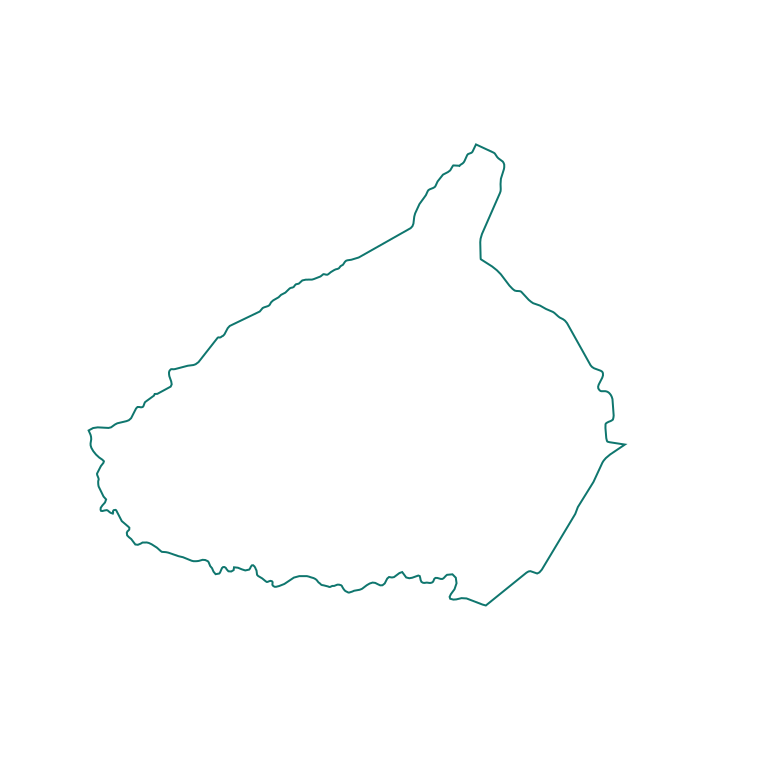 the Department of Presidente Hayes, rotated 117°
{"feature_id": "PRY-605", "entity_name": "Presidente Hayes", "entity_type": "Department", "adm_level": 1, "iso_a3": "PRY", "parent_name": "Paraguay", "parent_adm1": "", "projection": "mercator", "projection_center": [-58.464, -23.686], "detail": "fine", "context": "isolated", "style": "outline", "palette": "teal", "viewbox_px": 768, "rotation_deg": 117, "n_neighbors": 0, "source": "natural_earth", "source_scale": "10m", "svg_char_len": 5158}
<svg xmlns="http://www.w3.org/2000/svg" viewBox="0 0 768 768"><g transform="rotate(117 384 384)"><path d="M142.3,413.8L141.0,413.5L138.2,411.0L136.9,410.6L128.8,410.8L128.8,410.7L128.1,391.4L128.2,390.3L128.6,389.4L130.4,386.2L131.0,384.5L131.9,379.1L132.7,377.8L133.9,376.5L136.2,375.3L138.1,374.7L148.1,373.0L153.0,370.9L157.3,368.5L159.2,367.7L161.1,367.4L205.9,364.8L210.7,363.9L214.0,362.6L227.7,355.2L228.8,354.5L228.9,354.4L230.2,341.0L231.4,335.1L233.2,329.7L239.4,316.9L240.9,312.6L241.4,310.0L241.0,308.3L239.8,305.6L239.5,304.6L239.5,303.6L243.3,293.3L244.0,290.2L244.3,287.8L243.3,280.6L243.6,273.8L243.1,266.2L243.3,264.5L244.6,259.7L245.0,257.7L245.0,253.9L245.4,251.5L246.7,248.5L273.5,208.5L274.3,206.6L274.6,204.4L274.6,203.7L273.8,196.8L274.0,195.1L274.9,193.9L276.9,192.8L279.2,192.4L287.1,192.4L289.2,192.0L290.7,191.0L291.7,189.1L291.9,187.9L291.7,187.0L289.9,183.4L289.6,182.2L289.5,181.1L289.7,179.6L290.0,178.7L290.7,177.1L291.9,175.4L293.7,173.6L307.9,165.0L309.9,164.3L311.8,163.9L313.2,164.6L314.3,165.4L315.6,166.6L316.7,167.4L317.8,168.1L318.7,168.4L319.4,168.3L322.7,166.7L331.3,161.4L333.4,159.6L333.9,158.7L333.5,156.7L328.6,141.9L344.1,150.5L349.3,152.7L352.6,153.5L354.8,153.7L376.2,152.9L405.7,155.4L412.9,154.6L477.8,159.1L481.3,160.0L483.3,161.5L484.3,168.6L485.4,170.1L487.4,171.4L535.1,192.7L535.8,196.1L537.6,213.1L539.6,217.7L543.1,221.8L544.6,224.3L545.3,227.5L543.9,228.9L540.9,229.0L534.9,228.0L528.6,228.9L524.0,232.1L522.5,236.6L525.4,241.2L526.8,241.8L529.9,242.7L531.1,243.4L531.9,244.9L532.6,248.4L533.4,250.1L534.7,250.7L537.8,250.5L539.1,251.1L540.2,252.3L540.6,253.1L541.5,255.7L542.9,257.7L543.4,259.0L543.3,260.8L542.1,262.3L540.3,263.7L538.9,265.0L539.1,266.5L543.8,270.9L545.6,273.3L546.3,276.4L543.3,282.4L545.4,284.4L551.5,287.4L552.8,289.1L553.7,291.9L555.9,292.8L561.4,292.8L564.0,294.0L565.1,295.9L565.2,298.4L565.2,301.5L566.1,304.0L568.3,306.2L571.1,308.0L576.3,310.5L577.2,311.2L578.4,312.3L581.8,316.8L583.2,317.9L585.5,320.2L586.0,321.1L586.0,324.3L585.8,325.2L585.1,326.8L583.9,328.8L583.1,329.8L582.8,330.8L583.2,333.0L584.0,334.5L586.5,336.7L587.4,338.4L589.3,339.9L589.7,340.7L589.8,341.9L590.8,346.4L591.3,348.0L591.3,349.1L590.8,350.5L590.5,352.3L589.2,355.1L588.9,356.7L588.9,358.6L589.5,361.8L589.7,363.4L590.2,365.5L593.6,372.2L597.4,376.4L607.4,382.0L611.6,385.7L613.7,388.1L614.3,389.3L614.3,390.9L613.6,392.3L611.1,393.3L610.6,394.4L611.0,395.9L612.1,397.0L613.1,397.8L613.6,398.6L613.5,399.8L612.5,404.3L612.2,409.0L611.6,410.5L608.4,412.7L607.9,413.1L607.4,413.9L606.4,415.0L605.4,416.5L604.9,418.3L605.6,419.4L607.3,419.7L609.2,419.6L610.6,419.9L613.1,423.0L613.7,426.7L614.0,430.7L615.4,434.4L618.1,433.5L620.4,435.0L621.5,437.6L620.6,440.0L619.7,441.4L619.5,443.0L620.1,444.2L621.5,444.8L626.5,444.5L627.7,444.8L629.9,447.7L628.6,450.7L626.2,453.6L625.1,456.2L622.6,459.1L622.1,459.9L621.9,460.5L621.9,461.4L622.0,463.4L622.5,464.6L623.0,465.8L625.7,468.7L626.8,470.3L628.3,473.1L628.8,475.1L629.6,484.5L630.7,488.9L632.2,499.7L632.8,501.9L634.4,505.7L634.2,507.2L632.9,512.1L632.3,518.3L632.4,521.4L632.9,523.4L633.9,525.3L634.9,527.2L636.8,528.4L639.0,530.3L639.9,532.7L636.9,538.8L636.3,541.7L635.5,544.1L633.4,545.6L631.8,545.7L630.6,545.2L629.4,544.9L627.7,545.6L627.3,546.7L625.2,555.4L618.1,565.3L618.1,566.2L619.2,567.6L620.5,567.7L621.7,566.9L622.6,566.8L622.9,569.2L622.6,570.9L622.2,572.3L622.2,573.7L623.4,575.4L625.0,577.2L625.5,578.5L624.8,579.4L622.9,580.2L620.0,579.8L616.2,578.8L613.0,579.2L611.6,582.8L604.9,591.7L603.5,592.8L601.8,593.8L600.2,594.6L598.8,594.8L597.7,595.5L595.1,598.4L594.1,599.0L589.5,599.0L585.6,599.0L581.7,598.2L580.0,598.5L579.3,600.6L578.8,604.4L577.6,608.6L575.8,612.6L573.7,615.8L571.8,617.6L570.1,618.5L566.1,619.8L564.1,621.0L562.5,622.4L559.5,626.1L555.3,623.2L552.6,619.4L548.2,609.5L546.5,607.5L542.2,605.3L540.1,603.8L534.0,596.6L532.1,594.9L529.3,593.8L518.4,593.8L516.4,593.2L515.6,591.6L515.1,589.9L514.1,588.6L512.8,588.3L509.7,588.7L508.4,588.6L498.8,583.7L497.0,583.8L495.7,581.5L483.2,572.9L480.7,573.0L478.4,574.7L474.5,578.8L472.8,580.0L471.1,580.9L469.5,581.1L467.7,580.6L467.0,579.7L466.6,578.5L465.7,577.1L456.8,567.1L453.6,562.4L451.9,560.8L448.7,559.2L418.2,553.2L417.5,552.5L417.1,551.3L416.3,550.6L415.2,550.1L414.2,549.3L412.2,548.7L405.2,548.6L402.3,547.8L375.8,527.6L371.4,526.6L370.1,525.6L367.3,522.8L366.0,522.0L365.1,521.8L362.5,521.7L359.8,520.7L354.6,517.3L351.3,516.2L347.4,513.4L341.6,511.4L340.3,510.3L339.6,509.3L338.5,508.5L336.5,508.2L335.1,507.7L333.3,505.5L328.8,503.8L326.5,501.0L323.7,495.6L322.4,494.2L317.0,489.4L313.7,487.9L313.2,486.7L312.9,485.3L312.4,484.2L311.5,483.5L308.5,482.2L305.4,480.3L303.9,479.2L302.4,477.5L301.3,476.7L298.7,476.2L296.4,474.7L292.9,474.3L291.5,473.8L290.5,472.9L288.1,469.5L282.8,464.0L233.0,431.0L230.5,430.3L227.7,430.6L221.2,433.0L217.9,433.7L207.5,434.1L196.7,432.4L192.3,432.6L191.0,432.4L189.6,431.5L186.9,429.1L185.4,428.2L184.1,428.0L179.2,428.2L170.7,426.5L166.1,423.2L163.6,422.0L158.6,421.7L157.8,421.5L155.6,416.6L155.5,415.8L154.2,415.5L151.8,414.1L150.3,413.6L148.7,413.5L142.3,413.8Z" fill="none" stroke="#0f766e" stroke-width="2"/></g></svg>